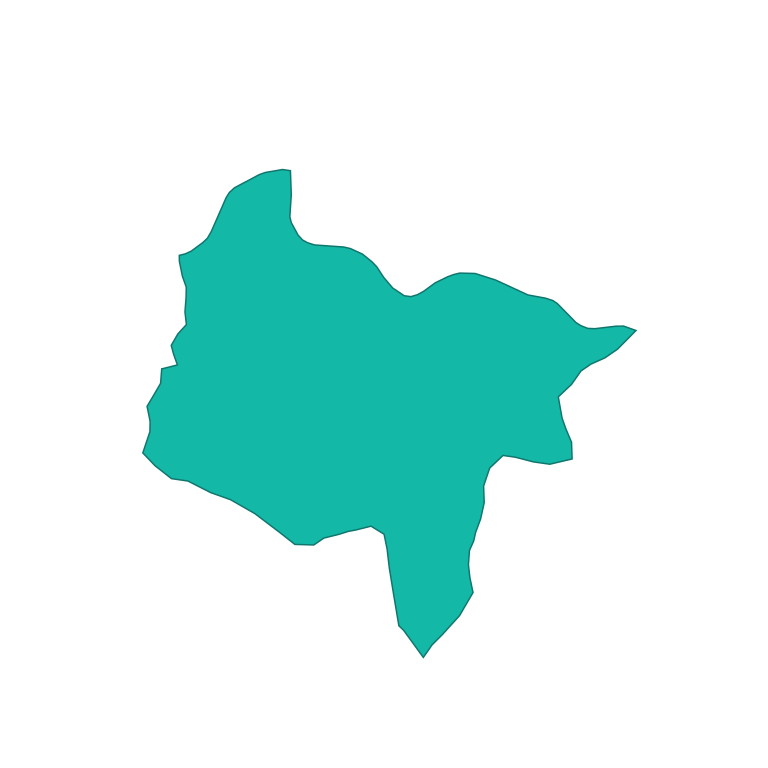 Nyongwon, P'yŏngan-namdo, North Korea, rotated 55°
{"feature_id": "82179303B95281313978448", "entity_name": "Nyongwon", "entity_type": "district", "adm_level": 2, "iso_a3": "PRK", "parent_name": "North Korea", "parent_adm1": "P'yŏngan-namdo", "projection": "albers", "projection_center": [126.614, 39.977], "detail": "fine", "context": "isolated", "style": "filled", "palette": "teal", "viewbox_px": 768, "rotation_deg": 55, "n_neighbors": 0, "source": "geoboundaries", "source_scale": "gbopen_adm2", "svg_char_len": 1598}
<svg xmlns="http://www.w3.org/2000/svg" viewBox="0 0 768 768"><g transform="rotate(55 384 384)"><path d="M155.6,338.3L150.1,344.1L142.6,360.0L140.9,366.3L137.5,393.9L138.4,400.7L139.8,404.1L140.8,406.4L159.9,437.8L163.3,445.0L164.2,451.2L164.6,465.7L163.4,472.2L161.2,477.9L166.0,481.2L180.0,487.3L191.2,490.4L199.6,496.5L210.8,505.7L222.0,511.8L224.7,524.0L230.3,536.1L238.7,539.2L249.9,542.3L244.1,557.4L255.3,566.6L260.9,578.7L266.4,590.9L280.4,597.0L288.8,603.1L302.1,621.1L319.8,618.4L339.6,612.4L351.0,600.3L373.7,588.2L390.7,576.1L416.2,564.1L444.5,555.0L464.3,549.0L475.6,533.8L475.7,521.7L481.5,506.5L484.4,497.4L487.2,491.4L493.0,476.2L507.1,470.1L521.1,476.2L538.0,485.3L563.3,497.5L590.6,510.5L597.0,509.2L630.5,508.6L627.6,500.6L625.3,494.4L622.6,479.3L619.8,467.1L617.1,455.0L611.5,442.9L605.9,430.7L591.9,424.7L580.6,418.6L569.4,409.5L563.9,400.4L558.3,394.3L549.9,382.2L538.7,370.0L524.7,360.9L513.5,345.7L510.8,327.5L519.3,318.4L533.5,306.3L544.8,294.2L553.3,272.9L539.3,263.8L525.3,260.8L514.1,257.7L494.5,248.6L491.8,230.4L486.3,215.2L486.4,203.1L489.3,187.9L489.4,172.7L484.7,146.9L474.0,154.5L469.7,160.8L459.6,179.6L455.3,185.2L449.1,189.3L443.8,191.5L417.5,195.9L412.5,197.8L406.3,202.5L393.6,215.0L362.9,232.9L345.7,246.0L336.6,258.3L334.4,263.9L332.7,270.2L330.5,283.9L330.8,298.4L330.0,305.5L327.9,311.8L323.3,316.8L310.4,321.8L296.5,323.1L284.0,322.7L277.3,323.7L265.3,327.1L254.0,333.7L253.6,334.0L248.7,338.4L230.2,361.2L224.4,365.6L219.4,368.1L212.7,369.0L198.7,367.4L193.0,365.2L175.8,351.4L155.6,338.3Z" fill="#14b8a6" stroke="#0f766e" stroke-width="1.5"/></g></svg>